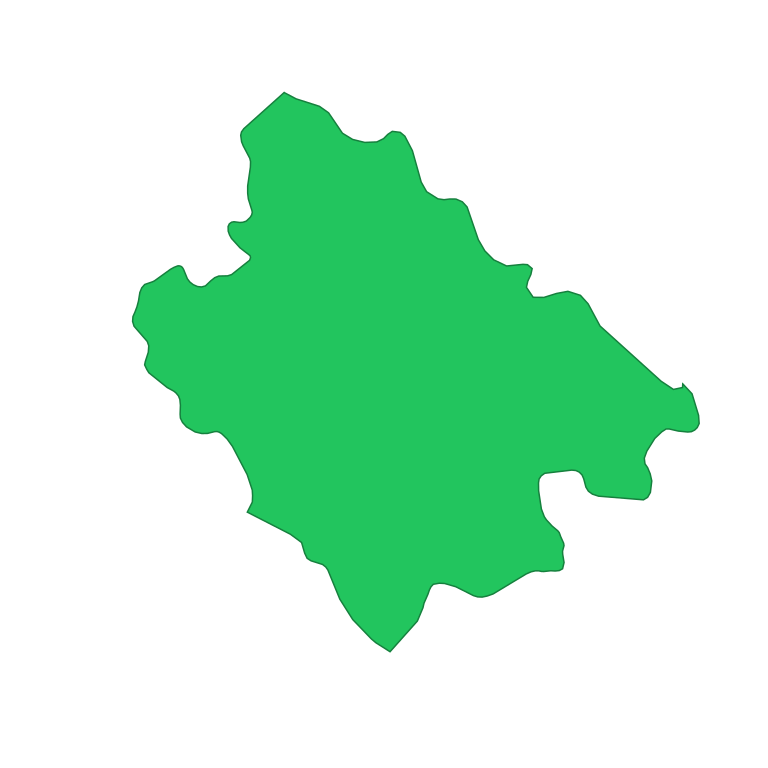 the Province of Lori, rotated 41°
{"feature_id": "ARM-1674", "entity_name": "Lori", "entity_type": "Province", "adm_level": 1, "iso_a3": "ARM", "parent_name": "Armenia", "parent_adm1": "", "projection": "natural_earth1", "projection_center": [44.445, 40.946], "detail": "fine", "context": "isolated", "style": "filled", "palette": "green", "viewbox_px": 768, "rotation_deg": 41, "n_neighbors": 0, "source": "natural_earth", "source_scale": "10m", "svg_char_len": 2846}
<svg xmlns="http://www.w3.org/2000/svg" viewBox="0 0 768 768"><g transform="rotate(41 384 384)"><path d="M591.3,200.1L606.0,198.2L611.6,190.8L609.4,187.9L609.5,187.9L622.9,189.3L642.0,201.3L647.8,207.1L649.0,211.4L648.7,214.9L647.3,218.3L644.7,221.0L636.9,226.5L628.8,230.8L626.4,232.9L625.0,237.9L624.1,247.5L626.4,262.2L629.1,269.2L633.3,273.0L637.9,274.2L643.9,277.2L649.7,281.5L656.2,291.1L657.3,296.6L655.8,301.2L619.5,327.9L613.5,330.4L608.6,330.8L604.1,329.4L596.9,324.5L593.1,322.7L589.2,322.4L585.6,323.4L582.2,325.8L563.9,345.9L562.9,350.2L563.4,354.0L565.5,357.3L570.8,363.2L584.8,375.1L592.1,379.0L595.8,380.0L604.0,380.9L611.7,380.8L613.7,381.2L615.6,382.2L617.3,383.2L624.0,386.3L625.9,387.9L628.4,393.0L630.5,395.2L637.0,400.6L640.0,406.3L638.7,409.8L635.9,412.8L632.4,415.5L627.7,420.6L625.9,422.1L623.5,423.4L620.8,425.7L618.2,429.3L615.9,434.2L604.1,470.8L601.0,476.3L597.9,480.4L594.4,483.2L590.4,485.0L571.2,489.9L560.6,494.8L556.4,498.1L552.6,502.8L552.5,506.2L553.4,509.7L555.1,513.9L558.0,523.2L560.2,527.3L564.7,541.0L564.2,582.1L547.7,584.6L541.8,584.7L515.0,582.3L491.9,575.4L463.7,561.2L460.1,560.3L456.0,560.5L445.0,565.3L440.4,566.0L435.1,563.7L425.8,557.7L411.9,558.8L364.9,570.4L362.1,559.5L358.1,554.5L354.2,550.5L340.1,542.1L310.5,530.5L301.6,528.4L293.9,528.0L291.2,528.5L289.2,529.4L287.4,531.1L283.2,537.1L279.0,540.9L272.9,544.1L263.1,545.9L257.2,545.2L252.7,543.3L249.9,540.5L244.3,533.6L240.1,529.6L236.6,527.8L232.7,527.2L230.0,527.3L222.7,528.9L199.2,529.8L195.4,528.6L190.8,526.6L189.1,523.6L185.3,514.7L181.4,509.5L177.4,507.2L157.5,504.4L153.2,501.7L150.3,497.8L148.9,493.2L146.9,487.8L144.3,482.5L139.7,475.1L138.1,470.4L138.1,465.9L142.3,458.6L143.1,456.7L147.6,437.5L149.0,433.7L150.7,430.4L151.3,429.7L152.2,429.0L153.6,428.4L155.3,428.3L157.5,429.0L166.6,433.6L170.5,434.4L174.8,434.2L179.3,432.8L182.6,430.5L184.9,427.1L185.6,419.6L186.5,414.8L188.5,410.9L195.0,405.0L197.2,401.4L201.4,378.8L200.4,376.2L198.8,375.0L186.0,375.7L173.4,374.2L169.6,372.8L166.2,370.9L163.0,367.4L162.2,364.6L162.8,361.9L164.3,360.0L169.2,356.7L171.4,354.5L173.2,351.4L173.7,346.1L173.2,343.2L172.0,340.9L170.5,339.7L160.3,333.4L155.9,329.4L151.2,324.0L140.9,308.0L137.4,303.7L134.6,301.7L121.5,296.6L117.6,294.6L112.7,290.3L111.1,287.3L110.7,283.2L117.3,230.5L117.4,229.5L117.6,229.5L130.5,226.5L153.1,216.8L164.3,215.7L188.1,222.0L199.9,220.0L211.0,214.3L219.8,206.0L222.7,199.1L223.1,193.1L224.5,187.9L231.2,183.4L237.2,183.3L252.4,189.3L279.6,207.2L290.0,210.9L303.2,208.9L308.4,205.5L312.4,201.1L317.0,197.2L323.6,195.1L330.6,195.9L360.5,213.2L372.8,217.4L385.4,218.3L399.1,214.5L410.4,202.5L414.0,199.8L420.1,199.7L423.0,205.0L425.1,212.2L428.1,217.6L439.7,220.7L447.9,213.7L454.8,202.5L462.0,193.4L474.1,188.2L485.5,189.6L509.0,198.5L591.3,200.1Z" fill="#22c55e" stroke="#15803d" stroke-width="1.5"/></g></svg>